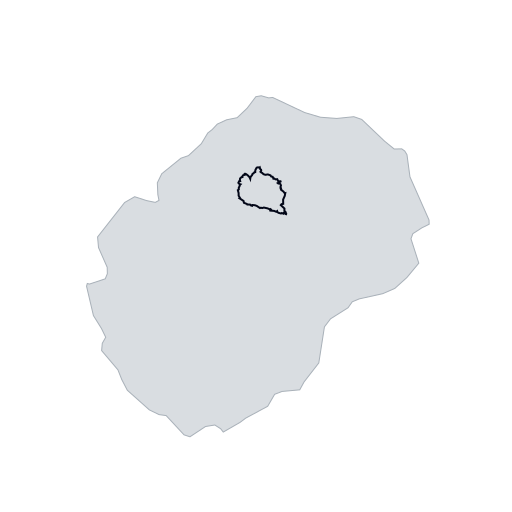 Sveti Nikole, Sveti Nikole, North Macedonia shown in context, rotated 333°
{"feature_id": "65306769B91405117981087", "entity_name": "Sveti Nikole", "entity_type": "district", "adm_level": 2, "iso_a3": "MKD", "parent_name": "North Macedonia", "parent_adm1": "Sveti Nikole", "projection": "albers", "projection_center": [21.98, 41.877], "detail": "fine", "context": "in_parent", "style": "outline", "palette": "ink", "viewbox_px": 512, "rotation_deg": 333, "n_neighbors": 0, "source": "geoboundaries", "source_scale": "gbopen_adm2", "svg_char_len": 2591}
<svg xmlns="http://www.w3.org/2000/svg" viewBox="0 0 512 512"><g transform="rotate(333 256 256)"><path d="M233.6,134.8L241.4,135.9L258.3,131.1L268.9,124.5L274.2,123.5L281.4,120.9L291.6,121.3L302.0,124.2L315.2,120.3L328.2,114.0L333.4,115.6L339.1,120.9L342.8,122.3L364.5,150.3L376.4,161.6L390.4,170.1L406.4,176.3L412.2,182.3L422.7,212.1L427.7,223.4L434.5,226.7L436.2,230.0L436.5,234.3L429.1,255.4L426.5,302.5L424.7,306.3L416.6,306.2L405.9,307.3L401.9,311.0L397.8,336.3L380.6,343.7L365.0,347.9L351.8,347.1L328.6,341.1L321.0,340.5L314.5,343.9L293.9,345.8L284.8,350.2L263.4,379.8L241.7,390.0L234.2,395.1L217.7,388.5L209.8,387.7L198.2,395.2L173.1,395.8L166.3,397.0L146.9,398.0L146.1,393.9L142.6,387.9L133.6,385.0L115.1,387.1L110.7,382.7L103.5,357.4L97.6,353.3L91.1,344.7L80.4,317.2L80.3,305.2L81.3,294.8L75.5,270.2L79.4,264.0L85.2,260.2L85.4,250.4L84.1,235.3L91.3,206.0L93.2,203.9L94.9,205.4L111.3,207.9L115.5,204.3L118.3,198.5L119.5,177.0L123.5,167.1L163.2,148.7L174.8,148.1L183.6,156.9L190.6,162.5L194.8,162.4L196.4,156.8L201.3,146.0L209.4,139.9L233.4,134.8L233.6,134.8Z" fill="#d9dde1" stroke="#a8b0b8" stroke-width="1"/><path d="M275.3,209.5L275.9,208.9L278.1,210.3L279.4,211.7L281.3,215.1L282.3,215.2L283.3,216.1L285.0,216.4L287.9,218.8L289.7,220.9L290.2,220.8L290.4,221.3L289.4,221.6L289.3,222.0L292.7,224.1L294.1,225.8L295.2,225.6L295.0,226.5L295.6,227.7L297.6,229.5L298.5,229.4L299.6,230.7L300.3,230.2L301.1,230.4L301.5,231.1L301.3,231.9L301.8,232.4L302.1,232.1L302.3,229.9L301.7,228.8L302.9,226.6L301.2,221.9L302.3,221.4L303.9,221.9L305.8,218.0L308.9,215.5L310.6,213.3L310.1,213.2L309.7,211.0L308.4,208.4L308.6,207.2L308.9,207.4L309.3,205.4L310.2,204.6L310.4,203.3L309.9,201.8L308.8,201.6L308.5,200.9L312.5,200.8L310.9,200.2L309.7,199.1L309.8,197.2L308.2,196.6L307.5,195.4L306.7,195.1L307.0,194.4L306.6,193.8L306.8,193.0L305.6,192.0L305.5,190.7L303.6,188.7L301.2,187.9L299.8,186.5L299.3,184.9L298.5,183.8L298.2,183.0L299.4,182.3L299.7,181.4L299.2,180.4L299.6,178.7L299.0,178.8L298.1,177.9L296.7,177.6L295.9,178.1L294.4,179.2L293.4,180.9L292.7,180.6L291.4,181.2L290.3,181.2L289.3,182.1L286.9,183.2L285.9,184.6L286.0,182.8L285.3,180.5L284.5,178.8L284.2,178.4L283.9,178.5L283.5,177.7L282.9,177.8L282.6,178.5L281.2,178.2L279.9,178.9L279.7,179.5L278.8,179.2L277.0,179.7L276.2,180.9L275.9,182.1L274.9,181.7L273.5,182.8L273.9,184.3L274.7,185.1L273.7,185.4L273.3,186.1L271.6,187.4L270.9,188.9L269.7,189.1L269.1,192.0L267.9,194.4L268.1,197.0L267.5,197.1L269.9,201.3L269.4,203.1L271.5,205.5L271.6,206.2L274.1,207.5L274.3,208.5L275.3,209.5Z" fill="none" stroke="#020617" stroke-width="2"/></g></svg>